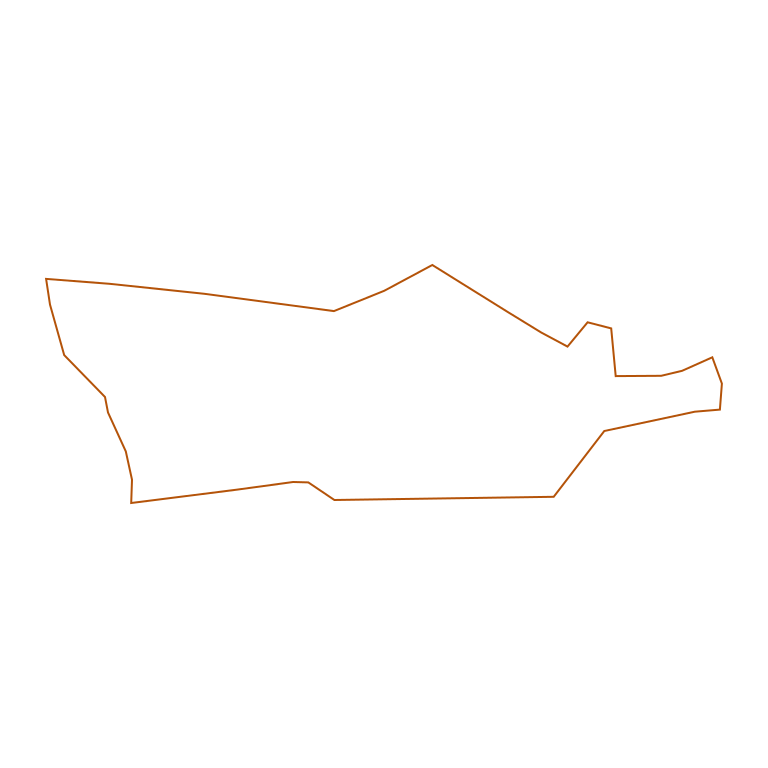 Birni-N'Konni, Tahoua, Niger (Albers equal-area conic projection)
{"feature_id": "23599985B12101722290167", "entity_name": "Birni-N'Konni", "entity_type": "district", "adm_level": 2, "iso_a3": "NER", "parent_name": "Niger", "parent_adm1": "Tahoua", "projection": "albers", "projection_center": [5.016, 13.935], "detail": "fine", "context": "isolated", "style": "outline", "palette": "amber", "viewbox_px": 768, "rotation_deg": 0, "n_neighbors": 0, "source": "geoboundaries", "source_scale": "gbopen_adm2", "svg_char_len": 508}
<svg xmlns="http://www.w3.org/2000/svg" viewBox="0 0 768 768"><path d="M131.2,503.0L237.3,489.6L293.1,482.0L308.3,482.4L334.4,500.0L553.7,496.8L604.3,431.0L694.8,411.7L719.9,409.6L721.9,383.6L712.3,357.3L682.1,370.8L661.2,375.8L615.7,376.1L611.2,328.4L587.6,322.3L567.5,346.6L541.2,332.5L508.4,312.4L432.3,265.0L384.2,290.8L333.9,311.1L204.4,293.8L109.5,283.8L46.1,278.9L50.0,304.6L64.2,355.1L105.0,397.0L108.0,412.5L125.8,451.4L132.0,479.7L131.2,503.0Z" fill="none" stroke="#b45309" stroke-width="2"/></svg>